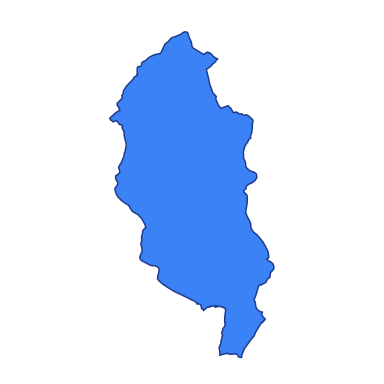 Bucosnita, Caras-Severin, Romania, rotated 278°
{"feature_id": "2599482B80081706534230", "entity_name": "Bucosnita", "entity_type": "district", "adm_level": 2, "iso_a3": "ROU", "parent_name": "Romania", "parent_adm1": "Caras-Severin", "projection": "albers", "projection_center": [22.186, 45.297], "detail": "fine", "context": "isolated", "style": "filled", "palette": "blue", "viewbox_px": 384, "rotation_deg": 278, "n_neighbors": 0, "source": "geoboundaries", "source_scale": "gbopen_adm2", "svg_char_len": 5972}
<svg xmlns="http://www.w3.org/2000/svg" viewBox="0 0 384 384"><g transform="rotate(278 192 192)"><path d="M327.2,198.8L328.6,195.3L329.3,194.2L330.3,192.9L331.0,192.4L331.6,191.1L332.3,190.7L331.8,189.4L332.7,188.4L332.1,186.8L331.0,185.7L329.7,184.8L334.7,173.0L336.3,171.7L340.2,170.5L346.1,166.9L348.8,165.9L349.6,164.7L349.7,162.8L348.9,161.2L346.6,158.8L345.4,157.0L343.6,153.8L342.0,150.5L340.1,149.0L338.0,147.8L334.8,144.7L325.7,141.9L324.6,140.9L322.6,135.5L319.8,131.3L317.9,129.5L315.8,127.8L314.0,125.1L312.8,124.2L312.0,124.4L311.2,124.5L310.5,124.3L309.5,123.8L309.1,122.9L308.9,122.2L308.7,121.4L307.5,120.5L305.9,120.7L303.6,120.9L301.6,121.3L300.8,121.2L299.8,120.8L299.8,121.2L297.7,118.9L296.0,118.2L291.9,115.5L290.1,113.9L289.4,113.6L288.0,112.6L286.3,111.6L284.8,111.2L283.6,110.3L282.2,110.1L279.7,110.1L277.7,109.1L276.7,109.6L275.1,109.7L274.4,109.1L274.0,109.1L273.3,108.7L273.2,108.4L272.6,107.7L271.7,107.6L269.8,105.6L268.2,105.8L267.1,106.1L264.5,108.7L264.0,108.3L262.7,109.1L261.1,106.8L260.3,105.8L253.7,100.3L252.6,100.8L252.0,101.3L251.6,102.6L250.6,103.7L250.7,104.8L251.3,105.7L252.1,106.5L252.2,107.1L251.6,107.6L251.2,108.7L248.8,110.6L248.7,112.1L248.3,113.6L247.1,114.0L245.8,113.8L243.3,115.6L240.8,116.7L238.7,116.9L238.3,117.1L234.2,118.6L230.2,120.3L222.9,120.1L221.0,119.5L219.3,119.7L217.6,119.6L214.7,118.7L211.8,118.1L207.1,116.0L205.6,116.0L202.9,117.5L201.6,117.7L200.2,117.1L197.3,114.2L194.3,114.6L193.2,115.4L192.2,116.4L190.3,117.4L189.0,117.2L187.8,116.8L186.7,116.2L185.7,115.4L184.1,115.2L181.5,116.3L179.0,117.6L176.5,119.8L173.7,123.4L171.3,127.9L170.7,129.5L169.9,131.1L167.4,133.1L164.9,135.2L164.0,136.7L161.9,142.0L160.2,143.8L158.6,145.9L153.7,149.7L150.5,151.2L147.9,149.2L146.3,148.6L144.1,148.9L141.1,148.3L139.5,148.4L138.2,148.8L137.0,148.9L132.9,148.6L131.0,149.6L128.9,150.4L125.5,150.8L123.5,150.0L121.5,149.5L119.8,149.4L118.0,150.4L117.0,151.5L113.8,160.6L113.6,161.8L113.5,163.0L113.6,164.3L113.8,165.5L113.0,168.4L111.5,170.0L110.2,170.3L106.6,170.2L103.0,169.8L101.3,169.9L99.5,171.6L96.7,175.9L93.7,182.1L91.0,188.4L86.6,202.6L85.3,205.9L84.7,208.7L83.6,210.9L82.4,212.2L82.2,212.6L82.3,212.8L81.7,212.9L82.3,214.0L81.9,214.8L81.9,215.9L80.7,217.0L80.1,216.9L79.7,217.1L79.2,217.5L78.8,217.6L78.2,217.5L77.3,218.6L77.3,218.8L77.4,219.1L77.3,219.3L77.0,219.6L76.3,220.0L76.5,220.2L77.3,220.6L77.7,221.0L78.1,221.7L79.2,222.3L80.0,223.1L80.3,223.6L80.4,225.4L80.6,225.7L80.9,225.6L81.1,225.7L81.3,226.1L81.8,226.4L81.8,226.6L81.8,228.2L81.8,228.5L82.0,228.9L82.0,229.6L82.0,229.9L82.8,230.8L82.8,231.0L82.6,231.6L82.8,232.1L82.8,232.3L82.6,232.3L82.2,231.6L81.9,231.2L81.5,231.2L81.2,231.2L81.8,232.6L81.9,233.2L82.3,234.0L82.6,235.3L82.7,236.0L82.5,236.3L82.6,236.8L82.2,237.4L82.1,238.3L82.2,239.0L82.4,239.3L81.5,239.9L80.8,241.2L80.5,241.6L80.3,241.7L79.1,241.8L76.9,241.7L75.2,241.9L72.3,241.7L71.2,242.1L69.6,242.2L67.4,242.6L66.4,242.9L65.8,243.3L65.6,243.4L64.9,243.3L63.4,243.0L63.1,242.8L61.9,242.1L60.4,241.6L60.1,241.5L58.3,241.5L57.2,241.0L56.3,241.2L55.4,241.6L54.8,242.0L52.9,242.0L52.3,242.2L51.8,241.9L50.1,241.8L48.3,241.3L47.3,241.9L46.8,241.7L45.7,241.6L45.0,241.4L43.0,240.7L41.9,240.6L40.3,240.9L39.1,241.3L36.7,242.0L35.1,242.2L34.5,242.4L34.3,242.3L34.4,243.0L35.0,243.7L35.7,245.3L35.8,246.1L36.0,246.5L36.5,247.3L36.8,248.4L37.1,248.8L37.1,249.2L36.9,250.1L36.6,251.1L36.7,251.4L37.0,251.7L37.1,251.9L36.8,252.5L36.9,253.3L36.8,253.6L36.9,254.0L37.1,254.6L37.3,255.3L37.5,256.9L37.6,257.5L37.8,258.9L37.2,259.5L36.4,260.2L36.0,260.3L35.3,261.0L35.0,261.7L35.0,262.0L35.0,262.3L35.0,263.5L35.1,264.1L38.0,264.1L44.2,265.7L54.9,271.4L57.8,273.4L63.0,274.9L72.3,279.0L72.3,279.7L73.9,280.9L74.3,280.9L75.0,281.1L75.1,281.6L76.2,282.3L76.9,281.7L77.9,280.2L78.5,279.4L79.1,278.9L80.6,278.2L82.8,278.4L82.7,277.8L82.8,277.3L83.3,276.0L83.6,274.7L84.1,274.0L85.0,272.9L86.6,271.5L88.0,270.9L89.4,270.6L92.2,269.6L92.9,269.3L93.6,268.6L94.0,268.5L94.7,268.5L96.3,269.2L97.1,269.3L100.5,270.0L102.6,270.2L106.2,270.8L106.5,270.7L108.3,271.1L108.6,271.3L108.9,271.7L109.4,272.0L109.7,272.3L109.8,272.6L109.8,273.1L109.6,273.3L109.0,273.1L110.1,273.9L110.5,274.7L111.6,275.9L111.8,276.4L112.1,277.0L112.7,277.3L113.0,277.7L113.7,278.1L115.9,278.8L116.4,279.0L117.5,280.3L118.2,280.6L118.9,281.2L119.3,281.2L120.4,280.8L122.0,281.0L122.7,281.0L123.0,280.9L123.3,280.9L123.8,281.6L125.5,282.6L126.3,283.3L126.8,283.6L127.1,283.7L127.9,283.5L129.1,283.6L130.8,282.9L132.3,282.0L133.8,279.6L134.5,277.3L135.8,275.3L136.6,275.7L136.8,276.6L137.9,277.1L139.5,276.8L143.8,275.4L147.7,272.8L152.4,269.2L158.3,262.8L161.0,258.4L163.2,256.3L165.8,255.0L167.2,254.9L168.0,254.7L169.6,254.2L175.6,250.0L177.6,248.8L179.7,247.9L184.5,248.1L189.3,248.1L191.7,247.9L196.0,247.1L198.1,245.3L198.3,244.1L199.6,243.2L200.5,243.1L200.9,243.5L203.2,245.2L204.1,244.7L205.1,244.9L206.4,245.9L207.2,247.0L208.1,247.7L208.6,248.6L208.7,249.3L212.1,252.8L215.0,254.1L215.9,254.1L217.4,253.7L218.9,253.1L220.1,251.1L221.2,246.0L223.8,242.4L225.5,241.5L227.7,241.1L229.7,240.4L232.1,238.6L233.4,238.2L236.1,237.9L238.1,237.3L239.6,237.3L244.8,238.0L249.8,240.4L250.9,240.7L252.0,240.8L252.8,242.0L253.8,242.6L255.6,242.1L257.1,242.3L258.4,242.9L266.8,242.6L267.8,242.2L269.7,242.5L271.6,242.4L273.8,239.6L274.0,239.0L274.3,238.5L275.2,237.7L275.2,237.2L276.0,235.3L275.9,234.7L275.3,233.0L275.3,231.9L276.4,230.4L275.8,228.1L275.8,227.6L277.0,226.3L277.1,225.7L277.0,225.8L277.1,224.9L277.0,223.7L276.7,223.1L276.4,222.4L276.6,221.5L278.1,220.6L278.6,220.2L279.0,219.6L279.6,219.3L280.6,218.6L280.7,218.2L280.6,217.8L280.9,217.3L281.3,217.1L282.2,216.4L282.5,215.8L282.5,215.5L281.2,213.3L278.8,208.7L279.9,207.9L280.3,207.3L281.1,206.6L286.5,203.1L287.8,202.5L289.4,202.8L290.2,202.5L290.8,201.8L293.2,198.8L298.8,195.9L300.8,194.7L308.5,191.9L315.3,189.1L318.9,192.9L320.8,194.1L321.7,194.8L322.9,196.0L324.8,197.4L326.0,197.7L327.2,198.8Z" fill="#3b82f6" stroke="#1e3a8a" stroke-width="1.5"/></g></svg>